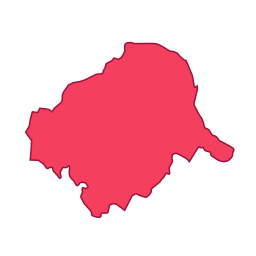 an SVG outline of Bratislavský, rotated 82°
{"feature_id": "SVK-1051", "entity_name": "Bratislavský", "entity_type": "Region", "adm_level": 1, "iso_a3": "SVK", "parent_name": "Slovakia", "parent_adm1": "", "projection": "natural_earth1", "projection_center": [17.27, 48.331], "detail": "fine", "context": "isolated", "style": "filled", "palette": "rose", "viewbox_px": 256, "rotation_deg": 82, "n_neighbors": 0, "source": "natural_earth", "source_scale": "10m", "svg_char_len": 3333}
<svg xmlns="http://www.w3.org/2000/svg" viewBox="0 0 256 256"><g transform="rotate(82 128 128)"><path d="M118.1,229.9L112.3,225.5L104.4,223.0L98.7,220.4L100.1,215.3L97.1,213.2L96.2,212.6L97.6,206.8L98.8,203.6L101.4,201.0L98.2,198.1L97.0,196.3L93.3,190.5L90.7,189.1L86.8,188.6L83.4,186.8L77.2,181.0L75.5,176.1L75.4,169.4L74.3,163.7L70.5,152.4L70.4,150.9L70.7,147.4L70.5,146.0L69.6,144.9L68.0,144.5L65.3,142.4L63.1,141.5L61.2,140.5L60.4,138.6L60.1,137.2L59.3,135.4L58.5,133.8L57.8,133.2L56.8,132.5L57.2,130.9L58.2,129.1L58.7,127.7L57.6,125.3L55.1,122.9L52.5,121.1L51.1,120.4L46.2,119.9L44.3,118.9L43.5,117.0L43.7,113.6L44.1,112.2L44.7,111.3L45.4,109.3L47.6,92.6L48.6,88.1L51.1,83.9L57.5,76.1L58.8,71.9L60.7,68.9L64.7,66.2L68.8,62.6L69.3,61.0L70.1,60.9L85.0,57.0L96.1,56.6L96.8,56.4L97.0,55.9L96.7,55.2L96.0,53.7L97.5,53.6L100.7,54.4L111.5,58.7L113.9,59.4L115.3,59.1L125.5,55.4L128.8,53.6L133.2,52.6L136.3,52.4L138.2,52.0L139.2,51.1L140.2,49.1L141.2,48.1L142.2,47.5L144.5,46.7L146.4,45.6L146.9,45.2L147.3,44.6L147.8,43.3L148.2,42.7L148.8,42.0L149.9,41.1L151.4,40.2L151.9,40.0L152.4,39.9L152.8,39.8L153.0,39.5L153.3,39.1L160.2,29.6L162.3,27.2L163.9,26.1L165.1,26.4L165.8,26.8L166.3,27.2L166.8,27.6L169.3,28.2L170.2,28.6L171.1,29.2L172.1,30.2L173.0,31.4L174.0,32.8L174.6,35.1L174.7,38.0L173.3,41.6L172.0,43.7L167.6,48.7L166.8,49.4L166.1,49.7L165.3,49.7L164.5,49.7L163.6,49.8L163.2,50.3L161.4,54.2L161.0,54.8L160.5,55.2L157.7,56.4L157.8,58.4L156.5,60.8L169.9,72.0L167.6,73.3L166.6,74.2L165.4,75.6L161.7,80.5L159.6,84.1L160.4,87.6L163.6,88.7L166.9,88.6L167.5,88.7L168.0,88.9L168.5,89.3L169.2,90.0L171.0,91.1L172.4,92.3L173.1,92.7L174.1,92.9L178.5,93.0L179.3,93.4L179.4,94.1L178.8,95.3L178.3,95.9L178.2,96.5L178.7,97.2L181.0,98.8L181.8,99.6L183.5,101.9L185.4,103.5L186.5,105.0L190.6,112.0L191.6,113.1L192.4,113.6L193.8,113.7L194.8,114.1L195.6,114.7L196.9,116.1L197.7,117.1L198.4,118.2L199.0,118.8L199.0,120.1L198.4,121.8L196.3,125.9L194.5,128.6L194.3,129.3L194.3,130.0L195.8,133.5L209.1,142.7L202.3,149.6L201.2,151.5L200.9,153.0L201.4,155.9L201.9,156.9L202.5,157.4L203.6,157.6L208.7,159.6L209.3,160.7L209.2,162.1L208.7,165.5L209.3,166.7L209.8,167.2L210.9,166.9L211.3,166.9L211.6,167.1L212.1,167.9L212.5,168.3L212.5,169.3L212.1,170.7L210.6,174.2L209.7,175.5L208.8,176.2L207.5,175.8L204.8,176.5L197.0,181.7L190.5,184.2L189.3,184.2L188.2,183.8L186.3,182.6L185.2,182.1L181.9,181.8L181.2,181.6L180.9,181.3L180.8,180.8L181.1,180.1L182.2,178.4L181.8,177.3L181.5,176.8L181.4,176.3L181.2,175.8L180.7,175.7L180.0,175.9L178.4,176.8L177.5,177.1L176.6,177.6L176.0,178.4L175.3,181.5L175.4,182.4L175.6,183.0L175.9,183.5L177.2,184.7L177.6,185.3L178.0,185.8L178.0,186.2L177.7,186.8L177.0,187.4L175.5,188.0L174.6,188.2L173.5,188.6L172.5,189.3L170.6,190.8L168.2,192.2L167.2,192.4L164.4,192.5L158.7,191.3L157.8,191.3L157.3,191.6L157.1,192.0L158.5,194.0L158.6,194.7L158.5,195.5L158.2,196.8L158.2,197.6L158.2,198.2L158.5,198.5L160.5,199.8L161.8,201.0L162.4,201.3L162.9,201.4L166.8,201.1L167.2,201.2L167.7,201.4L168.0,201.6L168.4,202.2L168.3,202.6L167.2,203.5L164.5,204.9L160.8,207.6L159.1,208.2L157.9,208.3L157.2,208.0L156.7,208.2L156.3,208.8L156.3,210.6L156.5,211.9L157.0,213.2L156.7,213.9L156.0,214.5L153.4,215.8L152.0,216.6L147.5,221.3L146.1,229.2L146.1,229.3L135.9,226.9L127.1,225.2L118.1,229.9Z" fill="#f43f5e" stroke="#9f1239" stroke-width="1.5"/></g></svg>